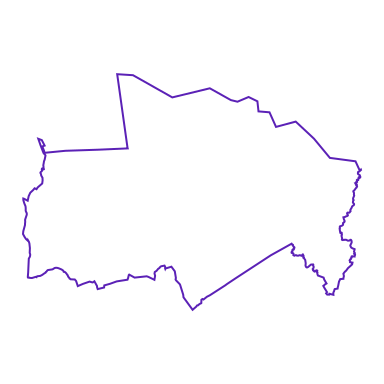 outline of Mārkalnes pag., Aluksne, Latvia
{"feature_id": "27541924B80787843923364", "entity_name": "Mārkalnes pag.", "entity_type": "district", "adm_level": 2, "iso_a3": "LVA", "parent_name": "Latvia", "parent_adm1": "Aluksne", "projection": "orthographic", "projection_center": [27.239, 57.508], "detail": "fine", "context": "isolated", "style": "outline", "palette": "violet", "viewbox_px": 384, "rotation_deg": 0, "n_neighbors": 0, "source": "geoboundaries", "source_scale": "gbopen_adm2", "svg_char_len": 5943}
<svg xmlns="http://www.w3.org/2000/svg" viewBox="0 0 384 384"><path d="M27.9,277.5L28.6,277.7L29.3,277.6L29.8,277.9L32.0,278.0L35.6,276.9L36.1,276.9L36.5,277.1L36.7,276.6L37.6,276.2L40.3,275.9L42.4,274.8L43.7,273.8L45.6,272.6L45.7,272.2L45.8,272.0L46.4,271.7L47.2,270.6L47.6,270.2L48.2,270.0L52.3,269.4L53.0,269.1L53.7,268.6L54.7,268.0L55.6,267.8L56.9,267.8L58.5,268.2L61.6,269.5L63.3,270.7L63.7,271.8L65.0,272.1L65.3,272.3L66.5,273.6L67.1,274.7L67.7,275.2L68.1,276.5L68.6,277.2L69.0,277.5L69.6,278.6L70.0,278.7L70.7,279.3L74.8,279.5L76.1,281.0L77.8,286.1L82.9,283.9L89.6,281.6L92.3,282.4L92.8,282.4L94.4,281.3L97.0,286.0L97.1,287.3L97.7,289.1L104.1,287.5L104.3,285.4L110.0,283.8L116.7,281.4L127.5,279.7L128.0,278.4L128.8,275.0L129.2,274.6L134.6,277.6L146.7,276.3L148.4,276.9L154.4,279.8L155.1,275.8L155.0,275.3L154.5,273.6L154.8,272.0L156.6,270.8L158.2,268.8L159.4,268.1L159.6,267.6L160.5,266.7L161.1,266.3L164.5,265.6L165.2,266.9L165.1,268.3L165.3,268.9L165.5,268.5L171.4,266.7L174.8,271.3L175.9,278.0L175.6,279.2L175.6,279.6L176.2,280.5L179.7,284.1L180.1,284.8L183.2,294.7L183.5,297.3L192.6,309.8L196.4,306.5L196.9,305.6L197.4,305.3L198.1,305.3L199.5,304.0L201.1,303.3L201.3,303.1L201.4,299.8L202.0,299.3L202.6,299.0L203.5,299.5L207.0,296.7L209.8,295.3L225.3,285.3L226.9,284.1L235.9,278.1L270.8,255.3L291.6,243.7L292.4,244.9L292.7,244.7L292.9,244.8L292.9,245.3L293.0,245.5L293.2,246.1L293.6,246.5L293.8,247.1L294.3,247.2L294.4,247.4L294.1,247.8L294.2,248.1L293.9,248.3L293.9,248.8L293.6,248.9L293.7,249.4L292.8,249.6L292.5,249.9L292.7,250.2L292.7,250.5L292.1,251.1L292.0,251.3L292.4,251.3L292.3,251.6L291.7,252.0L291.6,252.4L291.7,252.9L293.2,253.3L293.5,253.8L293.4,255.2L294.4,255.7L295.5,255.2L296.2,255.2L296.9,255.6L298.1,255.7L299.7,255.2L300.7,255.4L301.3,255.8L301.8,255.8L302.5,254.6L302.7,254.4L302.9,254.4L303.6,255.9L303.3,257.3L303.3,257.6L303.4,257.8L304.0,257.8L304.1,258.4L305.2,259.9L305.7,263.1L305.7,263.7L305.5,265.4L305.7,266.2L306.1,267.0L306.6,267.4L307.3,267.4L308.1,267.0L310.9,264.6L311.4,264.5L312.2,264.6L312.8,264.4L313.1,264.4L313.3,264.7L313.1,265.6L313.6,266.4L313.6,267.7L312.7,269.0L313.1,269.5L313.0,270.2L313.1,270.4L313.4,270.6L313.9,270.6L314.1,270.8L314.1,271.3L314.5,271.6L315.2,271.4L316.3,270.3L317.0,270.4L317.3,270.7L317.0,272.2L317.4,272.6L317.3,272.8L317.3,273.7L317.9,275.5L323.6,277.6L324.2,279.5L326.5,283.5L325.1,284.3L324.3,285.1L323.3,285.9L324.4,287.9L327.0,292.1L326.1,293.4L327.2,294.6L329.3,294.6L329.5,293.8L333.4,294.8L333.3,293.0L333.5,292.2L334.0,291.4L334.5,289.5L334.7,289.1L337.6,288.6L337.8,287.2L338.2,285.7L339.0,281.6L340.2,279.1L343.4,278.8L343.4,278.3L343.9,276.0L343.4,273.7L344.9,271.7L346.1,270.7L348.0,268.1L351.4,265.1L351.9,263.9L352.2,264.0L352.5,262.6L350.2,262.2L350.3,261.9L349.6,260.5L349.7,260.2L349.9,259.8L350.6,259.4L350.9,259.1L350.9,258.9L350.7,258.5L350.8,258.2L351.2,258.1L351.7,257.6L351.8,257.1L351.6,256.5L352.1,256.2L352.6,256.4L354.6,256.5L354.6,255.8L355.0,255.2L355.1,254.8L355.0,254.3L354.2,254.0L354.1,253.8L354.6,253.4L354.8,253.0L354.7,252.7L354.3,252.3L354.0,251.7L354.6,249.5L354.6,249.1L352.6,248.4L351.4,247.7L351.1,247.4L350.5,246.2L350.3,245.3L351.4,243.1L351.7,242.2L351.6,241.4L351.5,240.7L351.1,240.0L350.8,239.8L350.3,239.8L349.6,240.5L348.0,240.7L345.9,239.7L344.6,239.9L344.1,239.7L342.9,240.1L342.1,239.9L341.9,239.6L342.1,238.3L341.7,236.7L341.5,235.7L341.9,235.0L341.9,234.3L341.4,233.7L341.8,233.0L341.5,232.6L341.0,232.7L340.9,233.0L340.6,233.1L340.3,232.9L339.7,229.5L339.9,228.7L339.6,228.3L339.9,227.3L339.8,226.7L339.9,226.4L342.1,225.6L342.9,225.0L343.1,224.2L343.0,223.1L344.3,222.1L344.3,221.6L344.6,221.3L344.5,220.5L344.0,219.6L343.4,217.3L345.1,216.9L345.9,216.4L346.8,216.2L347.7,215.7L347.9,215.4L347.9,215.1L347.1,213.8L347.1,213.3L347.2,213.0L347.6,212.6L349.0,212.7L349.4,212.6L349.8,212.2L350.6,211.1L350.3,210.2L350.5,209.6L351.6,207.8L352.1,206.5L352.4,206.1L353.6,205.3L354.0,204.8L354.1,204.2L354.0,203.8L353.0,202.7L352.9,202.4L353.1,200.9L353.6,200.3L353.6,200.0L353.2,199.6L353.1,199.2L353.1,198.2L354.2,195.6L353.9,194.8L354.0,193.7L353.9,192.6L353.4,191.8L353.3,191.2L354.3,190.3L356.0,188.0L356.6,187.5L356.8,187.0L357.1,186.3L357.0,186.0L356.3,185.5L356.3,185.2L356.7,185.2L356.8,185.0L356.8,184.8L356.1,184.6L356.1,184.2L355.6,183.9L355.5,183.7L356.0,183.8L356.3,183.5L356.3,183.3L355.9,183.0L355.8,182.5L355.9,182.3L356.0,182.3L356.3,182.7L356.5,182.7L357.1,182.0L356.9,181.0L357.0,180.7L356.8,180.1L357.0,179.8L357.8,179.5L357.8,180.2L358.2,180.1L358.3,179.7L358.3,178.9L358.7,178.4L358.7,178.0L359.0,177.8L359.1,178.2L359.4,178.0L360.2,177.5L360.3,177.2L360.2,176.7L359.8,176.9L359.4,176.8L360.1,176.2L359.8,175.7L359.7,175.1L358.4,174.3L358.0,173.9L357.9,173.5L357.9,173.1L358.0,172.4L358.2,171.9L359.3,171.5L361.0,169.9L360.9,169.6L359.8,170.7L355.5,161.3L329.9,157.9L314.0,138.7L295.7,121.6L276.0,126.9L269.5,112.3L258.5,111.4L257.4,101.3L248.6,97.0L237.5,101.7L230.9,100.1L209.8,88.3L172.3,97.4L133.0,75.2L117.2,74.2L127.4,147.0L127.1,147.7L127.5,147.7L127.7,148.4L98.3,149.7L65.3,150.8L44.6,152.8L44.0,150.7L42.3,146.4L44.6,145.6L41.8,140.1L38.3,138.8L40.5,145.2L43.3,152.5L43.7,153.3L45.1,154.8L45.4,155.2L45.5,155.6L44.6,159.8L44.0,161.2L43.7,163.2L43.3,165.3L43.5,166.4L43.4,167.1L43.9,169.2L43.6,169.4L42.6,168.4L42.1,168.5L41.9,168.8L41.8,169.6L42.0,170.1L42.0,170.8L41.5,171.5L40.8,172.0L40.5,172.4L40.4,172.9L41.0,174.1L41.2,175.5L42.5,177.8L42.6,180.5L42.2,183.5L37.7,187.4L36.5,189.2L34.6,188.3L33.2,190.0L30.3,192.7L28.7,196.1L27.7,200.7L23.7,198.6L23.3,198.5L23.3,199.6L23.4,200.4L24.4,203.6L25.5,206.2L25.7,208.0L25.7,210.7L25.9,211.4L26.7,213.1L26.8,214.1L26.7,214.9L25.2,219.4L25.1,220.0L25.2,221.9L25.0,223.8L25.0,225.0L23.3,231.2L23.0,234.0L24.7,237.1L26.0,239.0L27.9,240.8L28.0,240.3L28.9,241.8L29.4,243.5L29.9,248.1L29.7,252.9L30.2,254.3L30.1,255.9L29.7,257.1L28.8,258.6L28.2,271.7L28.2,272.1L27.8,276.9L27.9,277.5Z" fill="none" stroke="#5b21b6" stroke-width="2"/></svg>